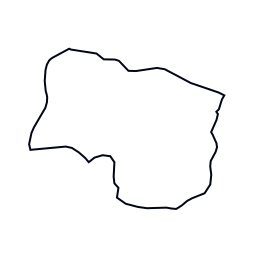 Bioko Sur, Natural Earth projection, rotated 261°
{"feature_id": "GNQ-1479", "entity_name": "Bioko Sur", "entity_type": "Province", "adm_level": 1, "iso_a3": "GNQ", "parent_name": "Equatorial Guinea", "parent_adm1": "", "projection": "natural_earth1", "projection_center": [8.643, 3.416], "detail": "fine", "context": "isolated", "style": "outline", "palette": "ink", "viewbox_px": 256, "rotation_deg": 261, "n_neighbors": 0, "source": "natural_earth", "source_scale": "10m", "svg_char_len": 923}
<svg xmlns="http://www.w3.org/2000/svg" viewBox="0 0 256 256"><g transform="rotate(261 128 128)"><path d="M215.5,82.3L214.4,83.9L206.5,108.5L199.6,114.8L197.7,125.6L196.6,128.0L195.7,129.6L184.4,137.4L183.0,144.8L182.8,166.0L180.3,173.5L162.5,197.2L148.9,223.0L145.2,228.2L141.4,225.2L132.3,220.7L130.2,217.8L127.7,219.0L122.0,216.6L111.0,209.5L108.1,210.6L99.0,213.0L95.0,212.9L90.7,210.8L82.4,204.5L77.2,203.2L68.7,202.9L59.3,200.4L51.6,193.5L48.5,180.0L46.7,175.0L43.1,169.0L40.5,163.0L41.8,157.9L43.3,153.7L45.8,134.3L48.5,125.4L53.6,113.8L61.0,106.2L70.4,109.2L75.5,105.9L82.1,106.2L96.3,109.2L102.9,106.1L105.1,98.8L104.0,90.3L100.4,83.9L105.4,80.8L111.6,75.6L117.1,69.5L119.4,63.6L121.7,28.2L127.5,27.8L138.2,31.9L143.5,35.3L160.8,49.5L166.2,52.0L171.0,53.0L174.3,52.9L177.3,52.5L187.4,53.1L198.1,55.6L203.3,57.8L207.0,60.7L208.2,62.4L209.2,64.4L215.5,82.3Z" fill="none" stroke="#020617" stroke-width="2"/></g></svg>